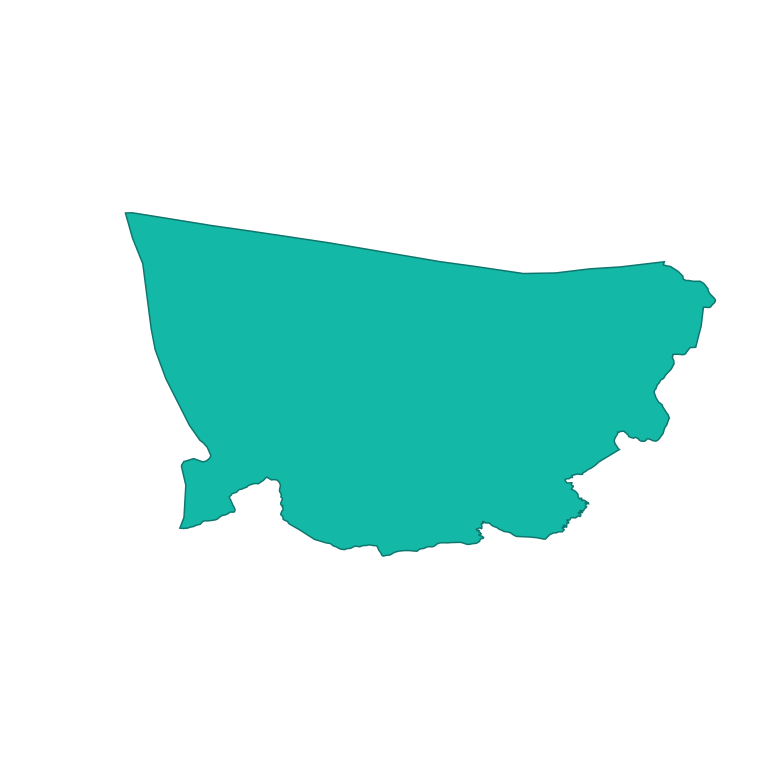 Suaman, Western, Ghana, rotated 106°
{"feature_id": "2480657B41275879010095", "entity_name": "Suaman", "entity_type": "district", "adm_level": 2, "iso_a3": "GHA", "parent_name": "Ghana", "parent_adm1": "Western", "projection": "equal_earth", "projection_center": [-2.977, 6.108], "detail": "fine", "context": "isolated", "style": "filled", "palette": "teal", "viewbox_px": 768, "rotation_deg": 106, "n_neighbors": 0, "source": "geoboundaries", "source_scale": "gbopen_adm2", "svg_char_len": 6156}
<svg xmlns="http://www.w3.org/2000/svg" viewBox="0 0 768 768"><g transform="rotate(106 384 384)"><path d="M578.8,540.5L578.2,537.2L576.8,533.3L574.9,530.6L573.5,527.8L571.4,525.4L569.6,522.2L569.1,521.7L567.2,520.9L566.3,520.4L565.5,519.5L564.9,518.5L564.5,516.8L563.1,513.0L561.4,509.3L560.3,507.6L559.7,506.9L557.7,505.7L554.8,503.1L554.4,502.4L553.8,500.8L552.0,498.6L551.4,497.9L550.3,497.3L549.8,496.8L549.4,496.2L548.6,493.2L548.1,492.5L546.9,492.4L545.7,492.6L543.6,494.3L541.9,496.1L540.1,497.5L538.2,499.2L537.8,499.3L536.8,500.4L535.3,501.7L532.7,500.1L531.3,499.8L528.8,496.0L525.7,494.3L525.2,493.8L524.6,492.3L523.8,491.1L523.3,490.8L521.0,487.5L519.0,486.4L518.6,486.0L516.2,482.5L515.1,480.4L514.5,477.2L512.5,475.7L509.9,473.4L505.8,471.2L507.2,465.8L506.2,463.4L505.8,460.3L507.0,458.2L507.9,457.1L508.7,456.4L510.4,455.5L514.8,455.3L516.3,454.6L517.8,452.8L519.5,451.9L519.9,452.1L521.0,452.0L522.0,450.1L522.6,449.9L526.3,450.4L528.0,450.2L528.4,449.3L529.1,449.1L529.2,448.9L529.0,447.9L529.1,447.6L530.4,447.8L531.3,446.7L531.9,446.5L533.2,446.6L534.4,447.1L536.9,447.4L537.7,447.4L538.5,446.5L539.1,445.1L540.4,444.2L541.9,443.6L542.4,441.7L542.7,438.6L543.0,438.3L543.7,438.0L544.1,437.5L544.7,436.2L547.4,425.1L552.5,408.1L552.7,395.7L552.4,393.9L552.2,391.9L552.4,390.8L553.4,388.7L553.7,386.3L553.6,385.7L554.6,381.2L554.5,378.6L553.9,375.9L552.6,374.5L551.5,371.6L550.8,370.4L548.5,368.0L547.9,367.0L547.5,365.9L547.2,362.5L545.5,360.3L545.0,359.3L544.1,356.5L542.6,353.6L542.2,349.3L541.6,347.0L541.8,346.1L542.1,345.7L545.1,343.2L547.0,340.8L549.3,338.7L549.6,337.6L549.5,336.9L548.1,334.7L546.8,331.3L546.4,330.8L542.9,327.5L540.5,323.6L538.3,317.9L537.1,313.5L535.9,307.2L535.6,306.1L533.3,304.6L532.5,303.5L531.3,300.8L530.2,299.3L529.3,298.4L528.5,297.2L527.9,295.9L527.6,294.1L527.2,292.8L526.6,291.7L525.7,290.7L523.2,289.0L521.7,287.0L521.0,285.7L519.0,278.6L518.1,276.3L515.4,267.8L515.0,265.9L515.2,260.2L515.0,258.7L514.6,257.8L512.6,253.8L512.0,252.0L511.4,251.0L508.9,248.7L507.6,248.8L506.5,248.6L506.2,248.3L505.0,246.1L504.3,245.9L504.0,246.1L503.4,247.4L503.2,251.0L502.7,251.1L501.9,250.1L501.5,249.3L501.2,249.3L500.1,250.9L499.7,252.6L499.3,252.6L498.6,252.2L498.5,252.8L499.0,253.8L499.0,254.6L498.6,255.1L497.8,255.0L496.6,253.2L495.9,252.5L495.8,251.9L496.1,251.5L496.1,251.3L495.9,250.9L496.1,250.4L495.8,250.2L493.6,250.8L491.6,251.9L491.1,251.4L490.9,250.5L490.1,250.4L489.3,251.2L489.0,251.2L488.9,250.9L488.9,249.5L489.1,249.3L489.5,249.5L489.4,248.7L489.5,247.6L488.9,245.8L488.8,245.0L488.5,244.4L489.7,242.6L490.2,241.2L490.7,239.2L490.8,236.0L491.9,233.1L492.1,231.0L492.7,227.9L492.1,224.0L492.3,221.0L493.5,217.8L494.0,214.7L490.4,199.4L490.2,197.2L489.7,195.6L489.0,187.3L488.7,186.3L488.1,185.8L483.2,183.2L482.5,182.6L481.7,181.3L480.5,180.3L480.1,178.7L479.5,177.3L477.7,174.9L477.3,173.1L476.8,171.8L476.1,171.6L475.1,170.8L474.3,170.7L473.7,171.9L473.4,172.9L473.1,173.1L472.5,172.5L472.0,171.1L471.8,170.9L471.5,170.9L471.2,172.3L471.0,172.5L470.5,172.5L470.2,172.2L470.2,171.6L470.4,171.0L471.2,169.7L471.3,169.1L470.9,169.0L469.9,169.4L467.1,169.7L466.8,169.5L466.9,168.4L466.6,168.2L465.7,168.6L465.3,169.1L464.9,170.4L464.8,170.6L464.3,170.6L463.9,169.9L463.6,168.0L461.7,167.5L461.2,167.2L460.7,166.7L460.4,165.5L460.1,163.5L459.5,162.6L457.5,161.1L457.3,160.6L457.4,159.3L457.0,158.7L456.1,158.7L455.3,158.9L454.9,159.4L454.7,161.4L454.2,161.6L453.3,160.7L453.3,158.5L453.1,158.1L452.8,157.8L452.4,157.9L452.1,160.3L451.7,160.7L451.4,160.3L451.1,157.9L450.8,157.3L449.2,157.0L448.3,156.6L446.6,155.3L446.3,155.3L446.2,155.7L446.1,156.6L445.5,156.8L444.7,156.5L444.2,156.5L443.3,157.7L442.8,157.8L442.6,157.7L442.7,156.5L443.0,155.5L443.0,154.8L442.7,154.3L441.9,154.8L441.7,156.0L440.9,158.0L440.7,159.2L440.6,160.5L441.4,161.3L441.5,161.8L441.3,162.0L439.4,162.4L439.4,163.1L439.7,163.4L440.2,163.7L440.5,164.1L440.4,164.8L439.5,165.4L438.7,166.6L436.7,167.0L436.4,167.3L436.0,168.1L435.1,169.0L434.0,171.6L433.7,173.7L433.7,174.6L433.6,174.9L433.1,174.9L432.6,174.6L430.4,173.8L429.9,174.0L429.8,175.7L428.6,176.2L427.7,176.0L427.2,176.1L427.2,176.5L428.3,179.4L428.7,180.9L427.2,182.8L426.3,183.5L426.0,183.6L425.7,183.4L424.6,181.9L424.1,180.1L422.2,178.7L422.0,177.2L421.6,177.1L420.5,178.2L420.1,178.1L417.3,173.4L416.5,169.2L416.0,168.3L414.4,168.2L412.4,166.0L410.2,164.5L409.2,163.4L408.0,161.9L403.7,158.4L399.6,155.9L382.1,139.7L381.9,140.4L381.3,141.2L378.2,144.8L377.0,146.0L375.5,146.8L374.1,147.2L371.5,146.8L367.3,145.7L366.2,146.1L365.5,145.9L365.7,145.2L365.6,144.7L364.7,144.0L364.2,143.3L364.1,142.6L363.3,140.5L363.5,139.6L364.1,138.9L364.5,137.4L364.7,137.0L365.2,136.6L365.4,136.1L365.4,135.7L365.7,135.3L367.1,134.2L367.2,132.6L367.4,132.0L367.3,129.2L366.2,128.0L366.0,127.5L366.0,126.7L366.7,124.1L367.4,123.5L368.0,121.6L367.9,120.2L367.7,119.3L367.1,117.5L366.0,117.0L365.6,116.4L364.2,115.9L363.8,115.2L364.0,111.5L364.4,110.4L364.0,107.0L362.8,105.5L360.6,104.3L354.6,102.1L348.7,102.1L345.8,101.0L338.6,100.5L338.3,100.2L336.1,101.9L335.2,102.5L333.8,104.4L328.9,109.9L327.5,110.8L326.4,112.9L325.8,115.0L322.4,118.6L317.6,122.0L315.6,122.2L313.6,121.3L309.6,121.1L307.4,119.9L303.9,119.1L301.6,116.8L297.6,115.7L290.3,111.9L285.9,111.1L285.0,110.7L281.6,111.9L278.9,114.3L277.6,114.0L276.1,114.5L275.2,112.6L274.3,109.2L273.5,104.9L272.8,103.5L271.5,102.3L270.0,102.0L264.7,99.8L262.8,94.5L240.8,95.1L222.2,98.1L221.4,95.2L220.8,92.4L219.9,91.3L217.4,90.3L215.0,88.9L213.1,88.3L211.9,88.6L210.5,90.2L207.4,95.7L205.3,97.9L203.1,98.9L199.3,104.2L198.1,108.3L200.0,114.9L200.6,120.1L201.2,122.1L200.9,124.5L200.0,125.6L198.0,126.4L194.7,132.3L192.1,140.9L192.2,142.9L192.5,143.8L192.5,148.4L189.2,148.2L206.2,188.8L216.7,218.2L229.9,249.5L239.4,280.5L245.9,329.0L251.0,364.2L263.3,474.6L272.6,545.4L279.4,594.8L288.8,673.2L290.9,679.7L313.0,666.0L334.9,649.0L394.9,623.1L414.1,613.4L439.2,595.0L477.4,559.6L488.8,545.5L490.5,541.3L493.6,536.4L500.7,530.6L503.4,531.2L506.8,533.4L508.8,536.6L508.2,546.5L512.6,553.1L513.7,555.0L517.9,556.2L519.4,555.8L535.9,546.6L567.4,539.5L578.8,540.5Z" fill="#14b8a6" stroke="#0f766e" stroke-width="1.5"/></g></svg>